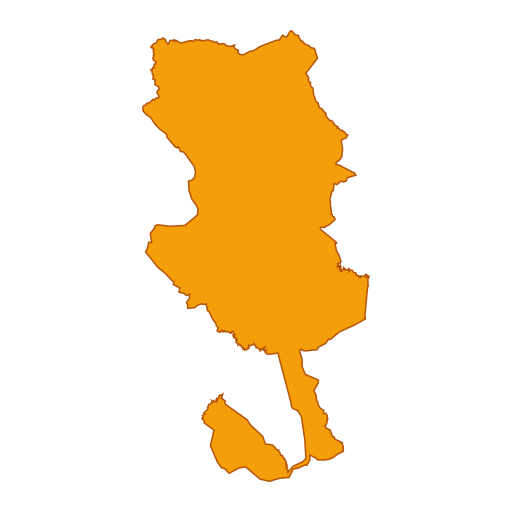 Na Wang, Nong Bua Lam Phu, Thailand (Albers equal-area conic projection)
{"feature_id": "78962969B46616505195468", "entity_name": "Na Wang", "entity_type": "district", "adm_level": 2, "iso_a3": "THA", "parent_name": "Thailand", "parent_adm1": "Nong Bua Lam Phu", "projection": "albers", "projection_center": [102.064, 17.314], "detail": "fine", "context": "isolated", "style": "filled", "palette": "amber", "viewbox_px": 512, "rotation_deg": 0, "n_neighbors": 0, "source": "geoboundaries", "source_scale": "gbopen_adm2", "svg_char_len": 6026}
<svg xmlns="http://www.w3.org/2000/svg" viewBox="0 0 512 512"><path d="M229.1,473.3L238.7,468.1L245.5,466.8L260.0,479.1L269.5,481.3L279.9,478.2L289.1,477.5L293.1,469.2L299.0,467.9L304.6,465.0L306.9,465.3L309.9,459.8L309.8,455.0L316.1,458.2L317.8,459.9L323.9,460.0L328.9,459.3L332.9,457.7L337.2,454.4L343.2,451.4L342.7,450.1L343.4,449.8L343.2,446.1L341.7,443.3L342.3,442.6L340.6,442.4L340.1,441.5L334.8,439.2L334.6,437.7L333.4,436.5L332.4,436.6L330.2,430.0L326.0,428.0L324.8,425.7L326.1,425.0L327.2,421.7L326.7,421.1L327.9,418.6L327.1,418.3L327.3,416.0L326.1,413.4L323.4,413.6L323.7,410.4L320.2,408.2L318.0,404.3L317.9,402.0L316.7,400.8L316.2,395.7L314.0,390.5L318.2,382.9L318.4,380.1L305.2,374.3L302.1,366.5L302.2,359.7L299.5,350.6L300.7,349.2L302.7,350.5L305.8,350.9L317.2,349.6L318.7,347.0L325.6,343.5L328.6,339.2L329.7,339.6L331.4,338.6L339.2,332.0L355.2,324.7L365.4,318.9L365.3,316.8L364.8,316.7L367.6,286.8L368.1,286.5L367.9,279.2L369.1,276.5L366.6,277.3L367.8,275.8L366.0,274.4L366.1,275.9L365.1,275.2L363.3,276.5L361.7,276.0L360.3,277.5L360.1,276.3L359.2,277.0L358.8,275.8L356.3,275.3L356.1,273.0L353.7,272.7L352.5,270.4L350.4,270.1L348.9,271.5L349.0,268.6L347.2,269.9L345.8,269.8L343.9,267.9L344.2,269.5L343.1,269.0L342.0,269.9L341.7,271.4L340.4,271.1L341.5,270.4L341.0,269.2L339.8,269.4L339.4,268.2L341.0,267.4L340.1,265.0L339.2,265.5L339.4,266.7L337.2,266.8L338.1,265.2L337.4,264.0L338.2,263.9L338.8,262.5L340.2,263.2L340.9,261.3L339.2,255.9L336.3,250.3L335.1,243.5L336.6,243.2L336.5,242.5L320.5,229.3L320.3,228.4L321.1,227.2L324.9,227.5L325.7,225.9L327.0,225.9L329.8,224.3L335.1,219.5L334.1,216.9L332.5,216.3L332.3,214.4L331.2,214.1L331.4,210.3L330.5,209.1L331.0,208.5L330.0,203.1L330.6,202.1L329.8,199.7L331.8,191.8L333.2,190.7L334.2,183.4L336.9,184.7L341.1,181.0L343.3,181.9L346.0,181.2L347.4,177.7L355.9,175.1L354.8,173.3L338.7,164.9L336.1,164.3L336.0,162.7L339.8,159.7L341.9,156.6L342.6,148.8L341.2,140.8L343.2,138.9L346.1,138.0L347.7,135.0L345.9,134.2L344.8,132.2L342.6,131.2L342.6,130.4L340.1,130.3L339.3,128.7L337.2,127.9L337.9,126.9L334.1,124.6L334.1,123.5L332.2,121.1L331.3,120.4L330.2,120.8L328.4,119.1L325.7,115.7L326.0,114.0L325.3,112.5L324.0,111.9L322.3,109.1L319.4,107.5L318.0,102.9L316.1,101.7L313.6,94.3L312.9,88.1L310.5,86.2L310.6,82.5L308.9,81.7L308.3,79.7L308.8,77.8L305.8,73.3L317.5,58.3L314.8,49.4L314.1,48.3L310.6,47.7L309.4,45.9L304.5,43.8L302.9,41.5L300.4,40.3L300.4,39.4L299.0,37.9L298.6,35.6L295.2,34.8L291.6,30.7L289.8,31.7L286.8,36.9L285.5,37.0L282.8,35.1L279.0,40.2L276.5,40.2L264.1,44.9L259.1,47.1L253.5,50.8L250.4,51.1L243.0,55.0L240.5,54.5L238.1,52.9L238.3,50.1L235.3,49.1L234.0,46.7L234.6,45.0L230.7,46.4L227.1,46.0L223.9,43.6L218.7,44.1L216.9,41.9L213.6,42.3L212.4,40.9L210.1,41.1L208.7,39.9L205.3,40.1L204.0,41.4L202.4,40.3L200.3,40.8L199.8,39.6L198.2,40.2L195.2,39.6L193.1,41.2L190.2,40.6L181.4,42.9L178.1,42.0L176.9,40.5L175.0,41.3L174.8,40.0L173.6,39.9L173.6,40.6L170.0,40.4L168.8,43.5L167.8,44.0L165.4,40.5L165.6,39.7L162.6,37.9L161.9,39.2L157.9,39.6L156.1,43.2L153.7,43.8L151.7,45.9L152.4,47.1L151.1,47.3L153.8,49.5L153.2,51.1L154.0,54.0L153.3,54.9L153.7,56.0L153.0,57.6L153.3,60.0L155.9,62.0L155.7,63.9L154.2,64.1L153.7,67.7L152.6,67.7L152.3,69.2L150.8,69.8L151.7,70.3L152.5,74.3L153.4,75.7L152.9,79.1L155.1,79.9L154.9,84.6L158.7,86.8L159.2,89.5L158.2,89.9L156.8,92.6L158.8,95.7L158.7,97.3L158.5,97.9L156.0,98.1L154.2,100.2L153.4,99.4L152.5,99.6L149.9,102.6L147.8,103.0L146.1,104.0L145.9,105.0L143.7,105.7L142.9,107.3L143.0,110.8L145.8,114.2L150.9,117.7L154.7,123.8L159.4,128.8L166.6,134.3L166.8,137.0L174.9,146.7L177.2,147.9L178.0,146.9L178.8,147.4L180.4,151.5L182.9,151.7L184.4,152.8L194.3,166.5L195.5,171.5L194.9,177.1L192.1,179.9L188.5,181.1L189.0,190.5L191.8,199.0L196.1,205.0L198.1,209.3L197.4,215.1L184.9,225.4L169.9,226.3L158.1,224.8L155.1,225.6L154.8,227.7L150.3,233.4L151.7,242.5L148.6,242.2L147.8,247.4L145.6,252.0L158.0,267.5L165.4,273.5L171.6,280.2L173.9,281.5L173.2,284.4L179.8,288.0L179.0,292.2L183.7,293.3L186.4,295.5L189.5,294.3L189.4,298.5L186.4,302.5L187.5,304.1L187.7,308.3L194.9,307.6L197.4,305.3L201.5,303.8L204.0,304.5L206.2,304.0L207.4,310.6L209.2,311.9L212.3,318.6L216.1,323.9L216.3,325.8L218.4,327.7L217.1,330.2L217.4,331.2L219.7,332.4L221.1,330.9L222.2,331.5L221.9,330.5L223.4,331.5L224.3,330.6L225.4,332.0L227.1,331.4L230.9,333.3L232.0,331.4L232.9,331.4L234.0,334.8L234.9,334.7L234.0,335.9L233.1,335.3L233.3,336.6L234.3,336.8L234.1,337.9L235.9,337.8L236.0,340.1L237.0,339.7L236.0,342.5L237.4,342.9L238.1,343.9L237.9,345.0L239.2,344.2L240.3,344.8L240.0,345.5L241.1,345.6L241.6,347.0L243.1,347.6L242.9,349.3L244.5,348.7L244.8,350.2L248.2,348.8L248.0,347.8L249.0,347.9L248.6,345.1L250.7,345.7L254.1,343.6L254.1,344.6L255.8,346.1L256.0,347.6L257.5,347.6L259.7,349.8L260.3,351.5L260.7,349.1L261.6,349.4L262.2,348.7L262.5,349.8L263.4,349.8L264.0,347.4L265.0,347.1L264.0,348.5L264.2,350.5L264.8,351.0L266.1,350.3L265.2,352.4L267.7,354.4L277.9,353.1L290.9,402.4L291.5,406.5L293.1,408.7L297.5,410.3L297.5,411.2L298.5,411.8L301.4,416.5L304.9,440.5L305.9,458.6L302.3,462.0L293.1,466.2L288.0,472.2L287.8,470.0L286.6,469.4L286.9,468.2L286.3,467.9L287.2,467.2L286.4,466.8L286.5,466.0L287.1,465.6L286.6,464.1L285.9,464.2L286.4,462.9L285.4,460.1L284.0,459.2L284.1,457.9L282.8,457.1L282.3,455.4L280.6,455.2L280.0,452.8L278.5,451.2L278.8,450.1L275.9,449.3L275.7,448.2L272.6,445.0L265.3,443.9L262.8,436.5L250.5,425.0L247.1,419.8L225.4,404.2L224.8,402.7L225.3,401.1L221.6,398.2L222.6,394.5L221.6,395.5L221.2,394.9L220.9,395.6L220.5,395.1L218.9,395.8L218.4,398.5L216.8,398.3L216.3,399.6L217.2,400.2L216.9,401.5L216.2,400.6L216.2,401.2L214.3,401.8L213.8,400.6L212.9,401.5L212.0,400.9L212.4,401.7L211.9,401.7L211.9,403.0L210.9,403.0L210.1,404.4L208.9,404.4L208.0,406.1L208.3,407.1L207.5,407.7L208.2,408.7L204.0,412.9L204.7,413.7L203.9,413.5L203.4,415.3L202.6,415.6L203.0,416.2L202.1,418.5L203.0,418.5L202.8,419.6L204.2,420.9L204.5,423.2L214.0,430.1L210.4,445.7L217.5,462.3L221.2,467.4L225.2,469.1L229.1,473.3Z" fill="#f59e0b" stroke="#b45309" stroke-width="1.5"/></svg>